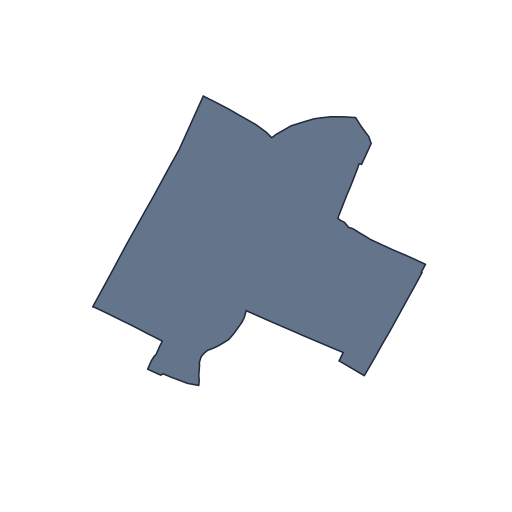 Karmuz, Al Iskandariyah, Egypt, rotated 144°
{"feature_id": "37247803B60489712487225", "entity_name": "Karmuz", "entity_type": "district", "adm_level": 2, "iso_a3": "EGY", "parent_name": "Egypt", "parent_adm1": "Al Iskandariyah", "projection": "natural_earth1", "projection_center": [29.903, 31.179], "detail": "fine", "context": "isolated", "style": "filled", "palette": "slate", "viewbox_px": 512, "rotation_deg": 144, "n_neighbors": 0, "source": "geoboundaries", "source_scale": "gbopen_adm2", "svg_char_len": 1899}
<svg xmlns="http://www.w3.org/2000/svg" viewBox="0 0 512 512"><g transform="rotate(144 256 256)"><path d="M123.8,149.6L128.8,158.7L132.8,165.8L140.6,178.8L143.0,182.9L153.9,202.5L156.5,209.2L157.3,210.8L158.0,212.4L159.0,214.8L161.2,220.4L161.8,221.4L162.4,222.4L164.3,224.8L164.6,231.1L166.9,235.7L167.6,238.4L165.9,239.6L146.7,251.9L146.2,252.2L138.7,256.7L133.3,260.1L122.6,267.0L118.4,270.0L117.8,269.4L117.6,269.2L116.7,268.1L105.9,274.1L96.6,279.4L96.6,279.5L96.4,280.1L96.3,280.7L94.6,286.2L94.7,299.5L94.3,305.7L94.1,309.5L102.8,316.7L113.3,324.5L121.7,329.3L128.0,332.7L137.1,336.0L151.0,340.7L168.5,342.6L172.4,342.4L173.1,342.5L173.8,342.6L174.9,350.0L178.9,362.5L187.6,381.6L191.5,390.5L199.7,406.9L199.8,407.1L199.9,407.3L201.9,411.0L204.6,416.4L255.6,387.3L259.3,385.6L275.4,378.1L281.9,375.0L306.3,363.4L320.1,357.2L320.9,356.8L321.7,356.4L353.4,341.8L380.2,328.8L408.1,315.5L417.9,310.9L417.1,309.6L416.2,308.3L410.9,298.6L410.4,297.5L409.8,296.5L406.3,289.8L401.7,281.1L401.2,280.1L400.6,279.1L398.3,274.7L394.9,268.1L392.5,263.2L388.9,255.9L388.0,254.3L387.2,252.8L381.9,242.2L387.5,239.3L394.8,235.0L396.0,234.9L397.2,234.8L402.4,232.7L410.1,228.2L410.0,227.9L409.9,227.5L403.1,215.6L401.7,215.4L400.4,215.3L395.9,207.8L386.3,193.2L378.5,185.0L378.2,185.3L377.8,185.5L375.0,188.8L372.6,192.8L366.1,200.5L365.2,201.9L364.2,203.3L359.8,206.6L355.6,207.8L350.6,208.1L344.4,206.4L339.5,205.5L339.2,205.5L339.0,205.4L332.5,204.8L328.7,204.6L327.9,204.5L327.2,204.4L319.4,206.3L312.4,208.6L306.2,210.7L301.6,213.1L296.1,217.5L284.6,197.7L266.8,167.6L266.6,167.2L266.4,166.8L248.5,137.0L242.2,126.7L250.4,122.3L250.3,122.2L250.2,122.0L249.9,121.2L238.8,95.6L238.2,95.8L237.6,96.0L229.9,99.4L217.5,104.9L205.5,110.5L191.6,116.6L161.2,130.9L155.3,133.7L146.8,137.6L139.9,140.9L134.5,143.5L131.5,144.9L131.8,145.7L123.8,149.6Z" fill="#64748b" stroke="#1e293b" stroke-width="1.5"/></g></svg>